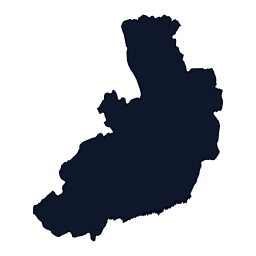 the district of Nalae, Louang Namtha, Laos
{"feature_id": "54806243B58985543260774", "entity_name": "Nalae", "entity_type": "district", "adm_level": 2, "iso_a3": "LAO", "parent_name": "Laos", "parent_adm1": "Louang Namtha", "projection": "equal_earth", "projection_center": [101.371, 20.533], "detail": "fine", "context": "isolated", "style": "filled", "palette": "ink", "viewbox_px": 256, "rotation_deg": 0, "n_neighbors": 0, "source": "geoboundaries", "source_scale": "gbopen_adm2", "svg_char_len": 5851}
<svg xmlns="http://www.w3.org/2000/svg" viewBox="0 0 256 256"><path d="M216.2,143.5L217.7,139.9L218.3,132.7L219.3,125.9L218.3,121.6L213.1,114.7L212.8,113.3L212.9,112.0L214.5,111.1L214.4,110.5L214.6,110.0L215.7,110.8L216.2,110.6L216.7,111.3L218.5,109.6L220.2,110.2L221.3,108.8L222.2,103.2L222.2,101.7L222.1,100.3L221.2,97.6L220.8,96.9L220.9,94.8L221.9,90.4L219.3,89.3L218.7,89.4L217.8,90.2L216.9,88.7L216.4,88.9L215.9,88.2L215.0,88.1L214.6,87.7L214.5,86.0L215.6,85.1L215.9,84.5L215.3,81.3L215.6,80.7L215.4,78.4L214.7,75.6L213.9,74.3L213.5,72.2L212.8,70.8L212.3,70.6L212.2,69.3L211.5,68.8L210.4,69.0L209.2,69.9L207.8,69.2L206.7,70.1L206.0,70.1L205.7,69.7L205.1,70.2L204.3,70.1L202.7,68.9L191.7,69.1L189.1,72.0L186.3,72.2L185.3,66.7L183.5,61.8L182.3,60.8L181.8,59.4L183.0,55.2L181.7,54.5L179.3,52.5L178.5,50.4L177.9,47.8L175.5,46.5L175.2,45.2L175.5,40.9L175.3,39.5L174.7,39.2L174.3,39.6L172.5,39.5L172.4,38.9L171.6,38.3L171.3,37.8L171.7,36.3L172.7,34.7L174.9,33.6L175.4,31.6L177.0,29.5L178.3,27.1L178.5,26.2L180.1,25.5L178.0,22.6L177.4,21.4L177.0,21.1L175.1,20.9L175.0,20.0L173.6,20.7L172.9,21.7L172.1,21.8L171.5,22.6L170.7,22.5L170.6,21.1L171.0,19.6L170.2,18.4L169.0,16.9L166.7,17.0L164.8,15.5L163.8,15.6L162.2,17.4L160.6,18.3L159.0,17.4L155.8,19.0L154.2,18.7L153.3,16.8L152.8,16.5L151.5,16.7L150.1,18.1L149.5,18.2L147.8,17.6L146.8,16.5L143.7,15.4L142.7,15.6L141.3,17.0L139.0,18.2L138.7,19.0L138.6,20.5L138.2,21.5L136.1,20.0L133.7,19.9L132.8,20.8L132.2,20.9L131.3,20.6L130.5,19.7L125.7,21.1L124.4,21.6L123.5,22.5L122.5,24.3L121.8,26.6L123.3,31.6L124.5,34.2L126.7,46.0L127.8,47.3L128.1,48.2L127.2,52.3L127.7,60.5L128.9,64.8L131.3,69.6L133.2,72.1L136.9,78.8L140.5,89.0L141.2,91.7L141.6,95.1L140.5,98.4L139.8,99.3L138.6,98.6L137.0,98.2L131.3,100.3L130.0,102.4L128.4,104.1L126.5,104.4L125.4,103.3L124.9,100.9L124.8,99.1L123.4,98.0L121.9,98.3L121.1,99.9L118.0,100.8L117.2,98.7L116.5,95.1L115.3,92.5L113.7,90.6L113.1,90.7L112.7,92.6L111.7,93.6L110.0,94.2L107.3,93.3L106.1,93.6L104.9,95.1L104.7,98.2L104.9,99.8L103.1,100.9L99.8,107.0L97.8,108.9L98.5,109.7L99.0,111.1L100.2,113.2L102.1,111.9L103.7,112.0L104.7,112.7L105.5,116.4L106.3,118.0L107.0,120.5L106.2,121.5L104.6,122.7L106.1,125.5L108.1,126.4L110.4,126.7L114.5,132.6L111.0,133.9L110.3,134.6L109.5,134.5L109.0,133.4L108.3,133.5L104.5,136.7L104.1,137.9L102.7,136.2L102.0,134.4L100.4,133.6L98.5,134.5L96.9,136.8L95.3,138.0L92.2,138.7L84.2,142.0L82.3,143.2L80.2,145.4L80.1,148.7L77.8,153.4L75.6,156.0L73.7,157.5L70.0,161.3L68.8,160.8L66.6,163.2L65.8,162.6L65.0,162.7L63.7,163.9L62.1,165.6L61.6,166.8L61.6,168.3L59.6,171.8L59.8,173.6L60.5,176.4L61.7,178.6L65.1,180.6L66.2,182.0L66.1,182.8L63.2,186.1L62.8,188.0L63.5,192.1L62.1,194.2L61.1,194.4L58.1,196.5L55.2,194.9L54.4,192.8L52.7,191.5L50.3,193.9L47.3,196.1L46.8,197.2L45.4,198.2L44.7,199.3L43.1,199.5L42.0,200.8L40.8,203.0L39.2,203.6L39.3,203.8L37.8,205.0L36.1,205.7L34.6,205.8L33.9,207.2L33.8,213.4L35.3,214.0L37.0,216.1L38.5,218.5L40.2,220.2L42.1,221.4L43.7,226.6L46.4,228.5L51.2,230.3L52.2,232.8L56.3,235.7L58.9,236.3L62.6,234.1L64.9,233.3L68.4,231.3L69.9,231.2L71.3,232.4L72.5,234.6L73.0,236.5L74.7,236.9L77.4,236.0L81.8,235.2L85.3,233.8L87.3,232.2L89.5,232.0L90.8,233.5L91.4,238.9L93.4,240.6L94.6,240.1L95.2,235.9L96.2,235.0L98.0,235.1L99.8,234.3L101.2,232.1L102.7,228.6L105.3,225.2L105.8,223.2L106.8,222.0L106.3,221.0L107.5,218.8L108.5,217.8L108.9,217.7L109.8,218.7L110.0,217.3L111.1,218.2L112.0,217.2L112.2,217.4L112.0,218.5L113.1,218.0L113.9,219.4L114.9,219.8L115.7,218.7L117.0,218.5L118.3,216.9L118.8,217.7L120.1,217.9L120.6,217.5L120.9,217.6L121.4,218.6L121.8,217.8L121.6,217.4L121.9,217.2L122.4,217.8L122.3,218.5L122.8,218.2L123.2,218.5L123.2,220.8L123.5,222.0L125.7,221.1L128.9,218.7L129.6,219.4L129.9,219.3L130.0,219.0L129.4,219.0L129.4,218.7L130.1,217.7L132.4,218.0L133.7,216.6L135.2,217.1L137.3,215.3L138.3,215.8L139.1,214.7L138.9,213.6L139.7,214.8L141.5,215.1L141.8,214.4L143.0,215.0L143.0,213.9L143.6,214.2L143.7,215.0L144.0,215.0L144.5,213.9L145.2,214.4L145.2,213.6L145.8,212.9L146.1,213.1L146.0,213.6L146.3,213.6L146.5,212.7L147.0,212.9L147.7,214.5L148.0,214.1L148.0,213.4L148.5,213.0L150.0,213.4L150.5,212.8L150.7,213.1L150.6,213.7L151.2,213.6L151.3,212.3L151.6,212.0L151.2,211.1L151.5,210.7L151.8,211.2L151.7,211.7L152.7,211.5L153.2,212.6L153.7,212.3L153.9,211.5L155.0,211.2L155.4,211.6L155.4,212.3L156.0,213.2L155.8,212.1L156.2,211.3L156.5,212.0L157.4,212.1L157.1,212.8L157.9,213.2L158.5,214.3L159.0,213.5L157.8,212.4L157.9,211.7L158.5,212.2L158.5,211.5L158.6,211.3L159.2,211.7L159.2,210.7L159.9,211.1L160.5,210.4L160.8,210.8L160.3,211.8L160.3,212.2L160.9,212.4L161.3,211.8L161.9,211.6L162.0,210.9L162.7,211.0L162.8,210.5L162.5,210.2L162.7,209.8L163.6,208.4L164.6,207.5L165.5,207.8L165.6,208.2L165.3,208.9L165.7,209.2L166.3,208.5L167.0,208.8L167.1,207.6L167.8,207.9L168.6,207.5L169.2,207.7L169.3,206.8L169.6,206.5L170.0,206.8L169.7,207.1L169.8,207.4L170.1,207.0L170.3,207.2L171.2,205.7L171.5,206.1L172.1,205.6L173.4,205.8L174.0,204.5L174.8,203.6L175.3,203.9L175.2,203.4L175.7,202.6L175.4,201.5L175.7,200.8L176.3,201.0L176.5,202.0L177.4,202.1L177.4,202.5L177.1,203.0L178.0,203.2L178.6,202.0L179.0,202.2L178.9,203.1L179.1,203.2L179.5,202.7L180.0,203.0L180.4,202.2L180.6,202.1L180.8,202.8L181.0,202.8L181.2,202.0L181.8,201.3L182.9,201.4L183.2,200.9L183.7,202.5L184.1,202.0L184.6,202.2L184.7,201.0L185.8,202.1L185.9,201.6L186.3,201.6L186.6,200.2L188.2,197.4L188.4,197.3L189.3,198.1L189.4,197.4L190.6,196.7L190.4,195.2L189.8,194.7L189.6,193.9L193.5,185.1L195.3,182.8L196.1,181.1L196.7,178.2L197.6,176.9L198.6,173.7L199.3,169.4L200.7,166.5L200.8,165.5L200.3,161.8L200.7,161.1L201.3,161.3L202.1,160.6L202.4,160.0L203.0,160.4L204.2,159.6L204.4,159.0L205.0,159.3L205.8,159.0L208.5,159.3L209.6,158.8L212.9,159.5L214.2,159.1L215.7,157.6L218.5,153.2L218.9,151.5L217.2,148.1L216.2,143.5Z" fill="#0f172a" stroke="#020617" stroke-width="1.5"/></svg>